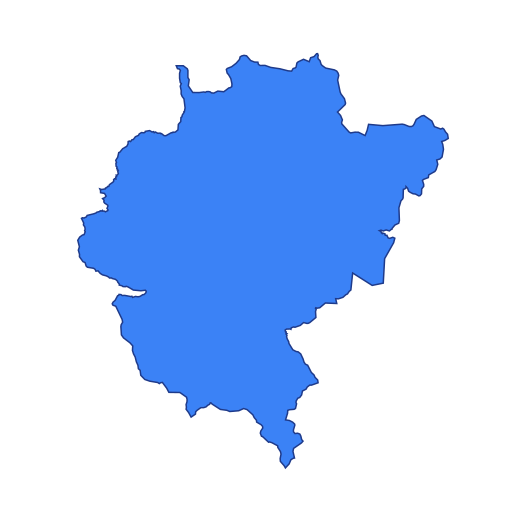 outline of Guamote, Chimborazo, Ecuador, rotated 276°
{"feature_id": "8360857B94409334599022", "entity_name": "Guamote", "entity_type": "district", "adm_level": 2, "iso_a3": "ECU", "parent_name": "Ecuador", "parent_adm1": "Chimborazo", "projection": "mercator", "projection_center": [-78.64, -2.048], "detail": "fine", "context": "isolated", "style": "filled", "palette": "blue", "viewbox_px": 512, "rotation_deg": 276, "n_neighbors": 0, "source": "geoboundaries", "source_scale": "gbopen_adm2", "svg_char_len": 6071}
<svg xmlns="http://www.w3.org/2000/svg" viewBox="0 0 512 512"><g transform="rotate(276 256 256)"><path d="M373.9,430.7L381.7,431.3L386.4,430.1L389.3,428.7L390.6,431.7L393.0,434.9L397.1,433.8L399.1,431.6L401.8,429.6L402.6,428.2L401.6,426.5L403.3,419.9L408.6,416.8L413.3,408.3L412.5,405.9L408.6,401.1L403.5,399.4L401.8,398.4L401.0,397.0L400.8,394.7L402.2,389.8L402.4,387.6L398.9,368.5L398.7,354.2L392.5,353.4L387.2,351.9L389.8,344.9L389.5,341.5L388.3,337.2L389.0,335.6L396.4,327.5L397.9,327.2L400.4,327.7L404.6,325.4L407.7,322.0L415.9,328.8L417.4,329.1L421.7,327.5L426.1,323.5L428.0,322.5L439.5,318.8L444.3,319.4L446.5,318.5L448.3,317.0L449.3,314.5L450.2,305.6L452.4,301.8L453.5,300.7L457.0,299.2L458.6,297.2L460.3,296.7L462.1,296.9L463.7,296.1L463.5,295.1L460.4,292.9L458.9,289.6L454.8,288.6L456.6,282.7L453.5,277.6L452.2,276.5L448.1,276.1L447.3,275.6L446.3,273.3L443.6,272.1L443.5,268.6L444.7,260.2L445.1,250.9L446.5,245.0L445.9,240.2L446.8,238.4L449.0,237.6L448.7,234.4L449.8,230.3L454.1,225.7L454.3,223.1L453.5,220.9L452.4,219.4L449.7,219.0L445.6,216.1L441.7,212.0L439.5,207.8L438.4,207.0L434.9,208.2L433.4,209.8L429.8,212.4L424.6,214.1L421.9,214.2L420.6,212.6L420.4,211.5L416.0,206.8L416.0,200.8L413.6,197.0L413.6,194.6L414.5,193.1L414.6,191.5L414.3,189.6L413.4,188.4L413.7,187.1L412.6,182.4L412.0,176.0L418.1,170.9L424.3,171.1L426.4,169.6L433.4,168.9L435.0,168.1L437.6,163.8L436.9,156.8L434.1,158.3L433.9,160.2L432.7,161.4L429.7,160.9L424.8,161.4L420.5,162.6L419.7,163.7L417.0,162.9L412.7,164.3L409.3,164.6L406.9,165.9L404.8,167.9L395.9,170.0L392.0,169.7L391.9,169.2L391.1,169.3L388.4,167.9L386.7,167.8L385.9,166.9L381.8,167.1L378.8,165.0L373.3,165.2L370.9,162.9L370.3,161.2L370.6,160.6L369.7,159.5L369.8,158.9L366.2,153.8L366.1,152.0L367.9,149.2L367.7,148.5L368.2,147.9L367.8,145.4L368.8,143.0L368.0,141.9L369.0,141.2L368.5,139.7L369.6,137.1L368.4,132.9L367.8,132.9L366.8,131.7L366.8,129.2L365.2,127.1L363.7,126.5L362.0,123.6L359.0,121.8L358.7,120.5L356.7,119.3L357.1,118.1L356.5,116.9L354.0,117.0L351.6,116.0L348.8,112.2L345.0,109.7L344.5,108.7L339.7,108.1L336.5,106.5L334.3,107.5L333.6,107.0L330.6,107.5L329.9,108.5L328.5,108.4L327.8,109.4L327.1,109.0L326.4,110.1L325.5,109.7L323.5,110.5L321.9,109.4L321.8,108.5L320.4,109.1L319.9,108.2L317.9,108.6L318.1,107.2L317.0,106.4L315.7,106.7L314.6,106.1L311.7,102.8L309.8,102.3L309.7,101.2L308.3,100.3L307.9,99.2L307.0,99.1L306.0,95.5L306.4,93.7L305.0,94.5L302.7,94.8L302.4,98.8L299.9,100.7L298.2,99.4L297.1,97.4L295.5,99.1L293.9,99.0L292.8,99.9L291.0,103.3L289.9,103.5L287.8,102.8L286.7,103.9L285.7,103.9L284.2,101.6L284.8,100.4L284.6,98.8L285.3,98.5L284.4,97.2L284.7,96.4L283.8,95.6L282.9,93.1L282.0,92.3L281.0,90.2L278.7,83.8L277.2,83.2L275.8,81.0L275.9,79.4L275.2,78.5L270.8,81.2L268.9,81.1L267.0,82.7L264.8,83.3L263.2,82.9L262.4,83.6L259.3,82.8L258.7,81.2L256.4,78.7L253.0,77.1L246.7,79.4L243.2,78.7L239.3,80.3L236.8,80.5L232.3,84.5L231.6,86.7L228.3,88.1L227.2,89.5L226.8,95.8L225.8,97.5L224.2,98.3L224.7,100.5L222.4,102.9L221.2,105.3L220.6,109.2L219.7,111.6L218.8,112.6L219.1,114.7L218.6,115.3L218.1,118.7L216.5,120.9L215.6,121.2L213.8,123.0L212.8,123.0L212.4,125.7L211.7,126.9L211.8,129.3L212.3,130.0L212.0,131.6L209.3,137.6L209.4,145.2L210.4,149.5L209.5,150.5L207.9,150.3L206.0,148.8L205.7,147.4L203.7,144.9L203.1,142.9L203.2,140.3L201.9,137.6L203.0,136.8L202.6,135.7L203.1,129.5L202.7,127.0L203.5,125.8L203.5,123.8L202.5,123.5L202.0,122.5L197.1,120.5L195.2,118.7L193.4,118.0L192.1,118.9L191.4,121.8L178.9,129.5L176.2,130.3L173.5,129.1L171.6,129.0L163.5,130.4L160.7,132.8L156.5,139.7L153.7,142.8L149.2,143.0L145.9,144.4L142.9,146.4L138.2,148.1L135.0,150.0L131.6,150.8L130.2,152.7L125.3,153.9L121.6,158.3L120.4,163.5L119.9,171.5L119.0,173.2L120.0,174.3L120.5,176.1L115.2,181.0L111.3,183.6L112.3,194.6L108.3,201.7L105.9,202.5L103.8,202.6L100.9,202.0L98.3,202.6L96.3,202.5L93.2,205.4L89.0,208.3L92.4,212.3L94.9,212.3L96.5,213.7L99.4,217.0L99.7,219.8L100.8,222.2L102.5,223.6L103.7,225.4L105.1,225.8L105.3,226.4L104.1,227.9L99.7,236.6L99.5,243.1L98.6,246.2L100.3,255.0L103.0,259.7L102.3,263.2L97.7,269.5L95.1,271.1L92.7,273.6L90.9,274.0L88.7,278.8L87.3,280.3L85.6,280.7L82.5,279.1L80.3,278.8L77.3,280.3L77.2,281.2L72.1,288.0L72.5,288.9L72.0,291.3L69.5,297.4L67.9,297.7L64.0,300.8L61.6,301.6L57.0,301.2L54.3,301.7L50.4,305.9L48.3,307.4L52.7,310.7L57.0,312.0L58.8,314.3L59.1,315.4L65.5,313.2L68.6,313.5L74.9,320.8L76.8,322.1L78.2,320.6L81.6,319.4L83.5,318.2L84.1,315.9L83.5,313.3L85.0,311.7L86.8,311.4L91.8,312.3L92.9,312.0L94.6,309.8L95.9,306.4L96.1,302.5L102.8,303.8L105.8,303.7L106.6,305.3L107.5,309.9L108.5,311.2L113.3,311.8L114.3,311.1L116.0,311.1L118.9,312.4L119.9,314.3L122.6,315.9L126.6,316.3L128.8,319.7L131.1,320.7L133.2,322.9L133.4,324.7L136.4,331.0L139.1,330.3L141.6,327.3L143.7,326.2L146.0,323.2L152.8,318.8L153.6,316.4L155.6,314.8L158.5,313.6L163.3,310.7L165.1,307.9L165.2,305.9L166.6,302.4L172.5,297.9L174.1,297.5L177.0,295.6L179.2,294.8L180.2,295.1L181.2,294.3L181.9,294.8L181.9,294.0L183.6,294.0L183.6,293.3L185.4,292.7L186.5,294.0L187.0,297.6L186.7,298.4L188.3,298.6L189.4,300.9L189.2,302.2L191.6,307.3L194.8,310.3L194.3,313.4L194.4,314.7L195.3,316.3L201.1,322.0L207.0,321.0L209.2,321.4L210.3,320.6L210.8,320.9L210.5,322.2L211.2,324.8L216.5,329.9L217.2,341.3L221.9,339.7L222.0,342.4L224.0,346.8L226.9,349.4L227.8,350.9L230.6,352.4L232.1,353.9L249.2,353.9L238.9,374.6L242.3,385.4L266.8,384.2L283.6,391.5L288.2,392.2L288.9,390.1L287.5,387.1L287.8,385.5L290.3,384.0L290.0,383.2L290.3,382.2L291.5,382.0L292.0,379.9L291.5,379.3L292.1,379.0L292.1,378.3L293.5,377.7L294.1,376.1L294.8,377.6L294.2,379.9L295.5,382.7L294.9,386.1L296.6,387.7L296.8,388.4L297.9,388.6L301.4,391.0L303.5,394.5L306.3,394.9L318.9,393.1L326.1,394.4L327.9,395.8L329.2,396.2L337.7,395.6L338.2,396.9L339.3,398.1L340.7,398.0L339.2,399.7L336.4,401.0L335.4,402.8L334.3,405.7L334.3,408.0L332.8,411.7L333.2,412.8L335.1,414.1L340.1,413.8L342.8,415.5L344.8,415.3L348.6,413.6L349.8,414.8L352.0,419.2L354.7,419.3L358.8,425.1L360.7,426.1L366.2,427.2L370.4,425.7L371.7,428.8L373.9,430.7Z" fill="#3b82f6" stroke="#1e3a8a" stroke-width="1.5"/></g></svg>